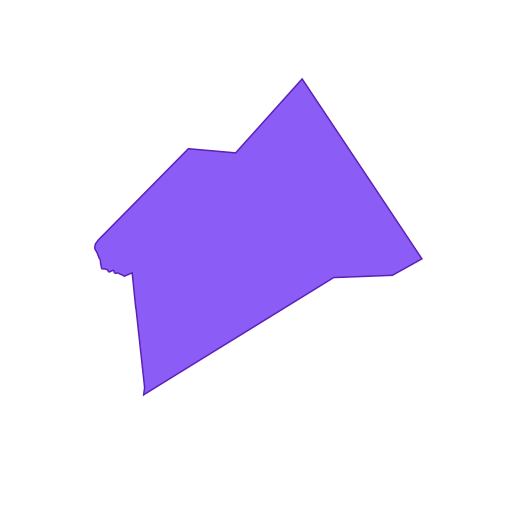 outline of Goroka District, Eastern Highlands, Papua New Guinea, rotated 210°
{"feature_id": "67681753B3470631360402", "entity_name": "Goroka District", "entity_type": "district", "adm_level": 2, "iso_a3": "PNG", "parent_name": "Papua New Guinea", "parent_adm1": "Eastern Highlands", "projection": "albers", "projection_center": [145.434, -6.025], "detail": "fine", "context": "isolated", "style": "filled", "palette": "violet", "viewbox_px": 512, "rotation_deg": 210, "n_neighbors": 0, "source": "geoboundaries", "source_scale": "gbopen_adm2", "svg_char_len": 697}
<svg xmlns="http://www.w3.org/2000/svg" viewBox="0 0 512 512"><g transform="rotate(210 256 256)"><path d="M110.9,336.5L193.0,377.2L304.6,432.4L325.2,335.1L368.2,315.1L380.5,268.0L400.6,190.9L400.9,187.7L401.1,186.3L400.7,184.7L399.9,182.9L399.1,181.6L395.3,179.4L393.1,177.6L390.8,175.8L388.8,174.7L386.9,171.9L383.9,168.5L383.0,167.9L381.0,168.9L379.7,169.5L377.5,169.7L375.9,168.7L375.1,168.8L373.8,170.5L373.0,171.6L372.3,172.3L371.6,172.1L370.3,170.7L368.8,170.8L367.3,172.3L364.1,172.4L362.3,172.8L361.1,172.6L359.9,172.7L354.8,179.5L334.4,151.2L334.3,151.4L286.7,86.4L283.9,79.6L264.9,115.0L178.0,276.1L128.2,307.5L110.9,336.5Z" fill="#8b5cf6" stroke="#5b21b6" stroke-width="1.5"/></g></svg>